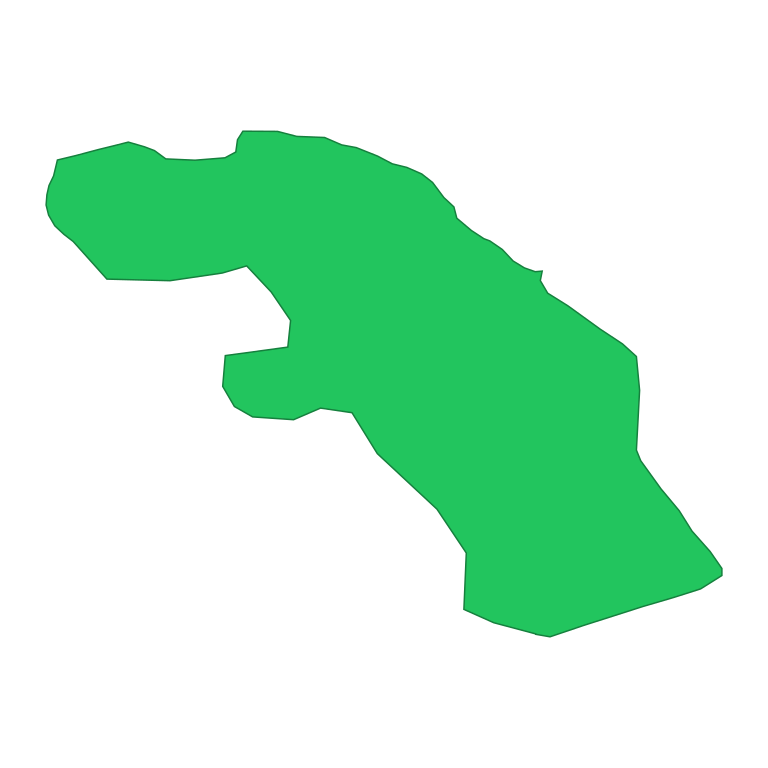 Salem, Stockholm, Sweden (Natural Earth projection)
{"feature_id": "70781695B90671145668871", "entity_name": "Salem", "entity_type": "district", "adm_level": 2, "iso_a3": "SWE", "parent_name": "Sweden", "parent_adm1": "Stockholm", "projection": "natural_earth1", "projection_center": [17.685, 59.231], "detail": "fine", "context": "isolated", "style": "filled", "palette": "green", "viewbox_px": 768, "rotation_deg": 0, "n_neighbors": 0, "source": "geoboundaries", "source_scale": "gbopen_adm2", "svg_char_len": 1140}
<svg xmlns="http://www.w3.org/2000/svg" viewBox="0 0 768 768"><path d="M535.7,634.3L550.0,636.8L583.1,625.6L642.9,606.5L673.9,597.4L700.6,588.9L721.9,575.5L721.9,568.5L710.2,551.6L692.0,531.1L679.2,510.7L661.0,488.9L640.7,460.7L636.4,450.1L639.6,390.3L636.4,356.5L622.5,343.9L600.1,329.1L568.0,305.9L547.7,293.2L540.3,280.6L542.2,271.1L535.2,271.7L524.4,267.9L513.1,261.0L502.3,249.5L489.8,240.9L483.9,238.7L471.4,230.5L456.8,218.2L453.9,206.9L443.9,197.6L432.6,182.5L421.8,174.0L406.8,167.4L392.2,163.8L377.6,156.1L356.3,147.6L341.7,144.9L324.6,137.5L296.7,136.4L277.5,131.4L242.9,131.2L237.5,139.7L235.8,152.0L225.0,157.8L195.0,160.2L165.8,158.9L154.5,150.6L144.5,146.8L128.3,142.1L114.1,145.7L98.6,149.5L75.7,155.6L57.4,160.0L56.1,165.5L53.6,175.9L49.0,185.5L46.9,194.8L46.1,205.0L48.6,215.1L54.8,225.8L64.0,234.4L73.2,241.5L106.9,279.1L170.0,280.7L222.4,273.0L246.7,265.9L271.2,292.0L290.6,320.5L287.8,347.1L225.3,355.6L222.7,386.4L234.4,406.5L252.6,416.9L293.6,419.7L320.5,408.1L352.0,412.7L377.3,453.6L437.0,509.2L466.3,553.0L463.9,609.4L493.7,622.7L535.7,633.9L535.7,634.3Z" fill="#22c55e" stroke="#15803d" stroke-width="1.5"/></svg>